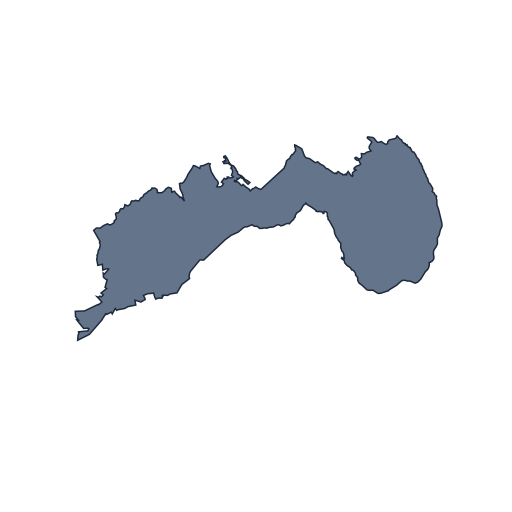 outline of Estelnic, Harghita, Romania, rotated 45°
{"feature_id": "2599482B48402840348711", "entity_name": "Estelnic", "entity_type": "district", "adm_level": 2, "iso_a3": "ROU", "parent_name": "Romania", "parent_adm1": "Harghita", "projection": "equal_earth", "projection_center": [26.246, 46.152], "detail": "fine", "context": "isolated", "style": "filled", "palette": "slate", "viewbox_px": 512, "rotation_deg": 45, "n_neighbors": 0, "source": "geoboundaries", "source_scale": "gbopen_adm2", "svg_char_len": 6108}
<svg xmlns="http://www.w3.org/2000/svg" viewBox="0 0 512 512"><g transform="rotate(45 256 256)"><path d="M370.4,194.4L374.2,186.9L374.1,185.6L376.1,177.3L376.5,170.3L378.1,168.2L380.9,166.5L382.7,164.8L387.7,162.7L388.8,160.2L388.9,155.9L386.9,147.7L386.9,144.2L386.3,142.2L384.9,139.8L383.1,138.2L383.8,136.9L384.2,135.0L383.8,132.4L382.8,131.1L379.6,128.8L377.7,126.3L376.9,122.3L375.8,119.2L371.6,115.1L370.6,111.6L367.9,107.2L366.7,103.9L366.0,102.9L363.8,101.1L352.4,94.1L347.8,91.9L344.2,88.5L342.8,87.9L341.4,86.0L339.2,86.2L337.3,85.5L335.0,85.8L334.6,84.8L333.1,83.2L328.2,81.9L326.2,82.0L322.5,79.8L320.4,79.5L318.1,78.2L317.3,78.3L313.4,76.6L312.4,76.5L310.0,74.9L308.9,74.9L307.2,73.9L305.8,74.2L303.1,72.7L299.6,72.5L297.4,71.5L294.0,70.9L293.4,71.6L292.0,71.7L290.2,70.8L289.1,70.9L288.4,70.3L286.1,71.3L284.0,70.5L283.3,71.7L282.8,71.6L282.1,70.9L280.3,71.8L278.1,71.6L276.9,71.0L274.5,71.6L270.9,71.2L270.7,71.4L271.5,73.3L271.5,74.2L268.1,79.8L268.4,82.1L269.6,83.4L268.9,85.2L266.3,86.1L264.0,86.3L263.4,86.8L262.5,88.9L260.9,89.8L256.3,89.3L255.0,89.5L250.8,92.7L251.0,93.7L251.5,93.9L256.6,93.3L257.3,93.6L258.4,98.0L259.0,99.1L260.4,100.0L263.1,100.4L260.9,104.4L260.5,107.1L258.1,109.1L260.7,111.2L261.0,113.6L260.2,114.5L256.9,115.4L256.6,116.8L257.4,117.2L259.9,116.9L260.8,115.6L265.0,117.0L264.9,118.7L263.4,121.7L263.2,124.1L263.7,125.2L265.3,124.4L266.1,124.5L265.4,125.9L265.5,128.9L266.0,129.7L267.7,130.8L267.8,131.6L266.1,131.9L261.4,131.1L261.8,133.2L262.6,134.5L261.9,135.2L261.2,135.0L261.1,136.0L260.1,137.2L259.5,136.9L257.6,137.7L254.3,138.2L254.2,139.6L254.9,140.6L254.3,141.1L253.6,141.1L253.0,142.3L245.2,143.6L243.7,144.5L239.9,144.4L236.6,145.5L233.0,145.8L232.0,147.9L231.5,148.2L224.9,149.3L221.7,151.3L219.1,150.8L212.8,147.9L209.2,148.6L208.2,149.2L206.9,149.2L204.8,150.1L206.1,151.3L208.0,152.0L208.4,152.8L209.7,153.6L210.2,158.5L209.7,158.9L210.1,161.6L210.9,163.2L210.4,164.7L210.4,167.3L212.9,171.5L213.0,172.7L214.0,174.3L213.7,175.3L212.4,205.5L209.9,206.7L207.0,207.4L206.6,210.1L206.0,210.7L205.9,214.1L203.9,213.6L199.7,214.4L196.2,214.5L196.4,216.0L195.8,216.5L191.2,216.4L189.6,217.1L189.1,218.1L187.7,218.4L187.5,217.8L188.5,217.8L188.2,217.3L188.9,216.6L188.7,215.7L188.3,215.8L188.7,215.5L188.4,214.9L188.7,214.6L188.1,214.4L189.0,213.8L189.4,211.2L191.0,211.0L191.5,210.3L194.5,211.0L199.7,210.9L199.7,208.3L195.7,209.0L194.4,209.7L192.3,209.4L188.7,209.6L188.4,210.3L187.3,210.1L185.6,211.0L183.1,209.5L181.6,209.6L180.5,208.8L178.3,208.4L176.5,208.2L174.1,209.2L171.6,209.1L166.4,207.3L163.4,206.9L162.9,208.6L163.8,209.2L164.7,208.5L167.4,209.9L166.3,211.0L167.1,211.6L166.1,212.7L168.0,213.3L170.7,210.2L174.9,209.4L175.6,210.4L176.1,210.4L176.1,211.7L177.7,211.6L180.0,212.9L181.6,216.3L184.1,216.1L183.8,217.3L182.3,219.4L181.4,220.0L180.8,219.5L179.8,220.6L180.8,221.4L180.1,222.7L180.4,223.1L178.6,223.5L179.3,228.2L181.9,227.9L182.4,230.1L182.0,231.9L181.3,233.1L179.3,234.8L178.2,231.6L177.4,230.9L176.1,230.3L172.1,229.9L164.9,228.1L159.4,225.0L158.5,223.2L156.8,224.2L154.9,229.0L153.1,231.7L154.4,233.9L149.6,235.2L147.8,236.3L148.7,239.0L150.2,246.5L151.5,249.7L152.6,254.9L152.3,256.9L151.0,258.0L150.7,258.9L154.9,262.2L160.6,264.3L163.3,266.2L166.6,267.8L161.8,267.3L161.0,267.6L160.9,268.4L159.7,268.1L154.5,268.2L152.6,267.8L151.7,269.1L151.7,270.3L151.1,270.4L148.3,268.0L145.4,269.4L144.8,272.6L145.1,273.6L145.1,275.9L144.4,278.2L141.4,281.0L140.4,279.8L138.9,279.0L137.1,279.3L135.8,280.0L135.0,281.4L134.4,281.4L134.8,282.7L134.7,284.6L134.1,285.9L134.0,288.6L133.3,291.7L134.2,294.3L133.4,296.9L134.1,299.0L134.0,300.3L131.5,301.7L131.0,303.3L129.2,304.8L129.3,305.9L130.4,308.1L130.4,309.3L129.9,311.2L127.0,312.4L128.3,314.3L128.6,316.3L128.5,316.8L127.2,317.8L127.0,318.4L127.0,319.1L128.0,321.1L128.0,322.6L127.9,323.2L126.9,324.0L126.7,325.1L127.1,325.8L129.6,327.2L131.1,328.8L130.9,331.5L132.0,332.6L131.9,333.9L131.2,336.7L130.0,337.7L128.2,338.3L126.6,342.5L126.2,346.2L123.3,349.2L123.1,352.7L135.6,356.1L135.6,357.0L138.3,358.5L140.1,361.5L140.6,363.7L142.7,366.4L142.9,367.8L144.5,369.0L145.5,370.8L150.8,374.5L153.2,370.5L157.7,374.3L159.4,370.6L161.1,369.5L161.6,375.9L160.0,376.1L163.2,378.9L166.7,378.6L167.6,378.1L171.4,384.9L173.4,384.5L172.6,391.8L175.5,391.4L175.6,394.1L174.1,394.7L173.8,395.2L174.2,396.2L172.4,397.2L179.5,397.5L179.3,401.6L178.8,401.6L178.6,401.9L173.6,416.1L167.3,422.9L171.3,426.5L175.7,426.9L174.4,427.9L178.1,428.4L185.3,429.1L188.2,425.9L189.1,425.5L190.1,427.8L183.7,435.6L185.0,435.0L186.1,437.7L189.5,441.7L193.6,429.2L192.3,410.4L191.0,405.1L191.0,403.8L190.5,403.4L190.9,402.8L191.7,402.9L193.4,398.0L195.3,398.6L193.6,392.6L196.0,392.9L196.3,391.7L200.2,386.1L201.3,382.3L205.7,375.7L201.6,372.9L207.2,369.9L208.4,365.2L207.6,364.5L204.3,363.5L206.2,359.1L209.9,354.7L213.8,356.8L215.5,357.4L216.9,354.6L219.4,352.3L218.6,351.2L218.8,350.7L218.2,350.8L217.6,350.1L217.9,349.5L221.3,346.4L222.2,343.4L226.2,338.0L223.7,328.5L225.0,318.9L223.3,318.0L221.1,314.9L220.5,313.0L219.1,298.4L221.9,295.9L222.7,266.4L223.8,258.9L226.5,251.7L227.1,244.8L227.7,243.0L229.0,241.8L231.1,236.7L233.8,236.2L236.0,234.1L239.0,234.0L240.7,232.2L241.7,230.6L244.3,228.3L244.5,227.3L247.7,223.2L249.0,219.1L249.9,217.8L252.3,217.1L253.7,214.6L254.5,211.8L255.7,210.3L256.9,209.5L256.6,207.8L256.7,203.2L256.1,202.4L256.2,200.8L255.1,199.6L254.4,196.8L255.3,192.5L253.6,186.5L254.1,184.9L253.8,183.3L255.9,183.5L260.7,182.2L266.5,181.3L266.8,181.8L268.5,180.9L269.0,179.8L270.0,179.4L270.5,178.6L272.5,178.0L273.4,178.5L273.8,177.9L272.7,176.3L274.4,175.2L275.6,175.2L276.8,175.8L278.2,177.5L279.4,177.7L281.0,179.1L282.9,179.2L292.4,182.0L295.7,184.4L299.1,185.7L302.0,186.1L302.9,186.7L307.0,187.1L309.9,190.1L313.4,191.8L315.2,191.8L317.8,193.4L319.0,194.7L320.3,195.2L320.2,196.1L317.8,196.3L318.2,197.3L321.5,196.8L323.6,198.1L327.2,198.3L330.9,197.5L333.4,198.2L334.4,197.5L336.4,197.4L338.4,197.8L340.0,199.1L342.9,199.3L345.2,201.3L348.2,202.3L351.4,201.7L358.4,201.5L360.6,200.0L362.8,197.5L368.7,196.2L370.4,194.4Z" fill="#64748b" stroke="#1e293b" stroke-width="1.5"/></g></svg>